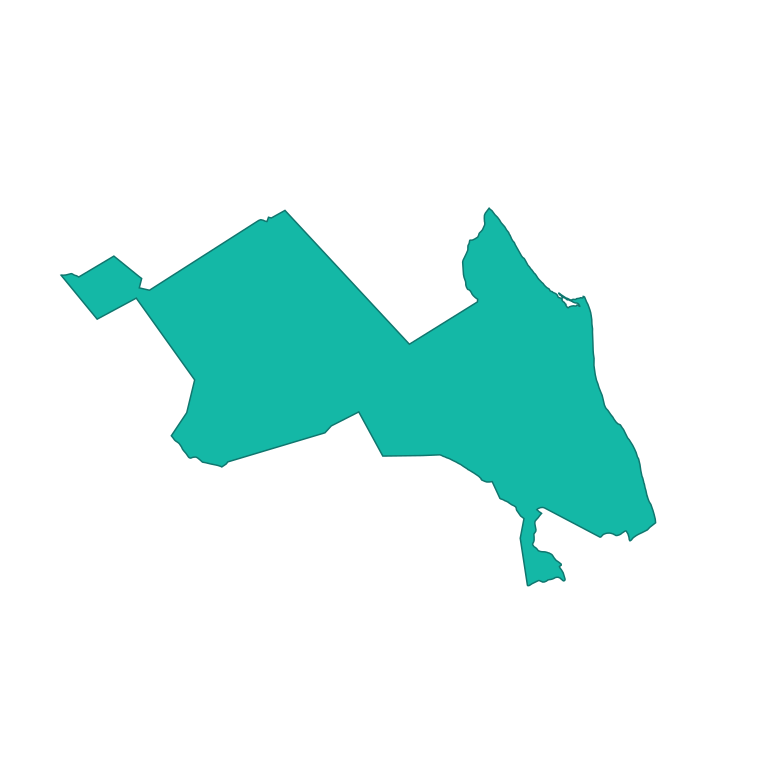 Massinga, Inhambane, Mozambique, rotated 328°
{"feature_id": "85939544B96403406066950", "entity_name": "Massinga", "entity_type": "district", "adm_level": 2, "iso_a3": "MOZ", "parent_name": "Mozambique", "parent_adm1": "Inhambane", "projection": "natural_earth1", "projection_center": [35.191, -22.846], "detail": "fine", "context": "isolated", "style": "filled", "palette": "teal", "viewbox_px": 768, "rotation_deg": 328, "n_neighbors": 0, "source": "geoboundaries", "source_scale": "gbopen_adm2", "svg_char_len": 6111}
<svg xmlns="http://www.w3.org/2000/svg" viewBox="0 0 768 768"><g transform="rotate(328 384 384)"><path d="M378.8,465.1L393.9,473.7L395.1,475.2L395.2,475.5L395.9,476.7L397.1,478.1L398.0,479.6L398.7,480.5L398.9,480.6L400.5,482.9L401.1,484.1L401.3,484.2L401.6,484.9L404.0,488.7L404.8,490.3L406.5,493.1L407.6,495.8L409.6,500.0L409.9,501.1L410.6,502.2L413.2,507.4L415.4,512.4L416.2,515.8L415.6,516.8L415.7,516.7L417.9,520.0L419.2,521.5L421.4,522.9L424.0,524.1L421.7,542.4L422.1,543.3L422.9,544.2L423.6,545.1L424.2,546.1L424.5,546.8L425.7,548.4L426.4,549.7L426.6,549.8L427.1,551.4L427.8,552.8L428.1,553.7L429.7,556.2L430.5,558.0L430.4,559.1L429.7,560.8L429.6,561.6L429.9,568.3L431.4,572.3L417.8,587.0L399.0,630.6L399.1,631.2L399.7,631.6L400.7,631.9L403.6,631.8L410.4,632.5L411.2,632.7L411.7,633.2L413.1,635.3L413.3,635.5L413.4,635.8L413.8,636.2L415.2,636.9L417.2,637.2L419.3,637.1L420.8,637.6L421.5,638.0L423.0,638.5L425.0,638.9L426.5,638.9L428.0,639.4L429.3,640.2L430.5,641.9L430.8,643.0L430.8,643.3L431.4,644.8L431.4,645.1L431.8,646.0L432.8,646.4L433.3,646.3L433.9,645.8L434.2,645.3L435.9,639.1L436.0,636.0L435.8,633.4L435.9,631.9L436.2,631.7L438.2,631.6L438.6,631.1L438.8,630.5L437.8,627.7L436.5,624.7L436.1,621.5L436.1,618.4L435.8,617.2L434.4,614.7L433.7,614.1L433.1,613.2L431.6,611.7L428.9,609.8L427.8,608.8L426.6,607.2L426.4,606.7L426.4,605.5L426.0,603.6L425.6,602.6L425.2,602.0L425.0,601.2L424.9,599.6L425.0,599.0L425.3,598.4L426.0,597.9L426.6,597.6L427.4,597.1L428.6,595.9L430.2,593.3L431.1,591.5L431.6,590.7L432.9,590.1L433.9,589.7L434.8,589.2L435.0,588.9L435.6,588.2L437.1,584.4L437.9,582.4L439.0,580.8L439.4,580.5L440.6,580.0L444.1,579.0L446.0,578.2L449.1,577.2L448.5,575.7L447.9,574.6L447.2,571.9L447.0,571.6L448.0,571.3L448.8,571.3L451.0,571.7L451.7,572.0L453.2,572.8L454.3,573.9L486.0,628.3L486.7,628.6L487.2,628.6L489.6,627.9L491.0,627.9L493.0,628.3L494.3,628.8L496.1,629.8L497.4,630.9L499.1,632.9L499.3,633.5L499.5,633.6L500.2,635.1L500.7,635.6L501.7,636.1L503.6,636.6L505.2,636.8L506.3,636.6L509.4,636.5L510.5,636.5L511.1,636.7L511.5,637.2L511.4,640.5L510.5,643.8L509.5,646.0L509.4,646.9L509.4,647.2L509.7,647.4L510.8,647.4L511.7,647.2L512.6,646.8L514.2,646.4L517.6,646.2L520.2,646.3L524.3,646.8L530.1,647.3L533.4,646.4L540.8,645.6L542.4,642.4L543.9,637.9L545.0,634.1L546.5,627.6L546.5,624.5L546.8,622.7L547.7,618.6L547.8,618.7L548.2,617.1L549.7,613.0L550.4,610.4L551.7,607.0L552.2,604.7L552.4,604.5L553.6,600.8L553.9,598.9L554.6,597.0L555.9,593.5L558.3,588.1L560.2,582.5L560.3,580.1L561.5,575.7L561.8,573.4L562.0,572.2L562.4,567.8L562.4,561.2L562.1,559.4L562.1,558.3L563.0,549.4L562.8,547.4L562.8,544.4L562.7,543.8L561.2,541.6L560.6,539.0L560.4,535.7L560.5,533.3L560.1,529.9L559.9,525.0L559.4,522.6L559.4,521.3L559.8,518.6L562.1,511.9L563.0,509.1L563.6,505.4L564.4,501.0L565.5,497.1L566.2,493.4L568.1,488.0L571.9,479.5L575.7,473.6L577.5,469.5L579.0,466.6L583.1,459.6L588.3,450.5L590.1,447.7L592.1,443.3L594.3,439.5L596.0,435.7L597.1,433.0L597.9,430.2L598.6,427.0L599.1,424.6L599.3,421.8L600.2,416.6L599.8,415.6L599.4,415.4L599.4,416.0L599.0,416.2L598.0,416.2L597.6,416.0L596.8,415.3L596.4,415.0L595.1,414.8L592.6,413.7L591.4,413.8L591.0,413.7L589.3,412.4L588.4,412.2L587.4,412.1L586.7,411.6L585.0,408.7L583.9,407.4L581.5,402.1L580.8,400.0L580.5,399.6L580.3,399.7L580.1,400.0L580.4,400.7L580.3,401.5L580.5,402.0L581.2,402.8L581.3,403.3L581.0,403.7L580.9,404.1L581.2,405.1L581.4,405.6L581.7,405.5L581.8,405.3L582.2,405.7L582.8,406.7L583.0,407.2L583.5,408.2L583.9,409.6L584.5,410.1L585.5,410.7L585.7,411.4L586.2,412.1L586.6,412.4L586.8,413.1L587.3,413.3L587.4,413.6L587.5,414.3L588.5,415.8L589.3,416.7L590.3,417.4L591.2,418.5L591.4,419.3L591.4,421.2L591.2,421.5L591.1,421.8L590.8,421.6L590.5,420.4L590.3,420.0L589.6,419.3L588.1,419.6L587.7,419.4L586.1,418.1L584.5,417.4L582.2,416.8L580.7,417.0L580.1,416.4L579.9,413.7L580.1,413.3L580.4,413.1L580.5,412.7L580.1,412.0L580.2,410.4L579.6,409.3L579.4,408.1L579.4,407.4L579.6,406.9L579.9,406.7L580.0,406.2L579.2,404.7L578.0,403.3L577.8,402.8L577.7,402.3L577.9,401.6L578.0,400.4L578.0,399.7L577.8,399.1L577.3,398.0L575.8,395.8L575.6,394.8L574.9,394.1L574.2,392.8L574.4,391.6L574.3,390.7L573.2,388.7L572.6,386.5L572.3,385.0L572.2,383.1L571.6,381.3L571.3,379.6L570.9,377.9L570.6,375.7L570.6,372.3L570.5,370.8L570.1,369.7L569.8,365.3L569.5,364.3L569.4,361.7L569.0,359.7L569.4,353.6L569.4,351.8L568.7,350.2L568.5,348.4L569.0,337.4L569.1,335.1L569.4,333.9L569.4,332.6L569.1,331.2L569.1,328.9L569.7,324.8L569.7,322.9L570.0,321.6L569.9,320.8L569.6,318.5L569.7,314.6L568.8,309.2L568.9,306.3L568.6,302.5L568.3,301.6L568.1,300.4L567.8,299.4L567.4,294.2L566.6,292.1L566.3,290.6L560.5,292.8L558.9,293.9L558.2,294.6L557.4,295.9L557.1,296.2L555.3,299.5L554.9,300.7L553.7,302.4L549.2,305.4L547.3,306.0L545.0,306.5L544.1,307.0L543.3,307.8L541.7,308.9L541.0,309.1L537.7,309.1L535.3,308.8L534.3,308.3L533.2,307.6L532.7,307.8L532.2,308.2L531.3,309.4L531.0,309.5L530.4,310.1L528.6,311.1L528.1,311.9L527.9,312.0L526.6,314.1L525.7,315.1L522.5,317.3L516.6,321.0L515.3,322.3L509.4,333.3L508.4,336.0L507.4,340.5L506.1,343.1L505.9,343.2L505.3,345.3L505.1,347.7L505.4,348.5L506.0,349.2L506.2,349.5L506.5,351.0L506.5,353.1L506.3,354.0L506.5,356.3L507.2,359.0L507.6,359.9L507.6,360.2L508.4,361.7L506.7,363.9L426.6,363.7L392.0,184.3L376.4,183.5L374.4,181.4L370.9,184.2L370.5,184.0L370.4,183.7L369.4,182.8L368.4,181.2L366.6,179.4L365.0,179.0L364.1,178.9L234.8,180.2L227.4,172.8L234.4,166.1L233.2,163.0L222.7,132.4L181.8,131.5L181.1,130.1L180.4,129.0L179.3,127.9L177.7,125.0L177.1,124.6L172.1,123.0L169.7,121.8L168.2,120.7L167.8,120.6L175.1,177.0L219.4,179.9L225.6,280.2L201.5,303.8L176.2,315.2L176.5,317.5L176.7,320.5L177.1,321.9L178.2,324.3L178.7,325.8L178.8,326.7L178.9,330.2L178.6,332.2L178.7,334.3L179.3,338.0L179.5,342.2L179.7,343.1L180.3,344.0L181.0,344.5L182.4,344.7L183.8,345.2L185.5,346.1L185.9,346.5L186.5,347.4L186.9,348.3L188.0,351.7L188.5,353.6L188.8,354.2L191.0,356.2L194.5,359.8L198.4,363.5L200.1,365.2L201.9,367.4L202.5,368.4L207.8,368.2L210.3,367.3L308.1,394.1L317.1,391.6L347.8,394.3L344.8,444.5L378.8,465.1Z" fill="#14b8a6" stroke="#0f766e" stroke-width="1.5"/></g></svg>